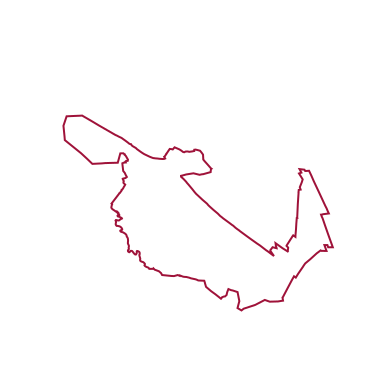 outline of Stopiņu pag., Stopinu, Latvia, rotated 217°
{"feature_id": "27541924B13594344549497", "entity_name": "Stopiņu pag.", "entity_type": "district", "adm_level": 2, "iso_a3": "LVA", "parent_name": "Latvia", "parent_adm1": "Stopinu", "projection": "robinson", "projection_center": [24.317, 56.919], "detail": "fine", "context": "isolated", "style": "outline", "palette": "rose", "viewbox_px": 384, "rotation_deg": 217, "n_neighbors": 0, "source": "geoboundaries", "source_scale": "gbopen_adm2", "svg_char_len": 5890}
<svg xmlns="http://www.w3.org/2000/svg" viewBox="0 0 384 384"><g transform="rotate(217 192 192)"><path d="M180.1,104.9L179.7,105.0L176.9,107.1L176.9,107.8L175.1,107.5L170.7,108.8L167.9,108.6L165.9,107.7L157.5,112.8L155.7,114.1L153.4,117.1L151.5,117.6L151.7,117.9L151.7,118.0L151.0,118.2L149.6,118.6L148.8,118.8L147.8,119.2L146.9,119.7L145.6,120.6L145.0,120.9L144.5,121.1L142.9,121.8L142.3,122.0L140.7,122.5L140.1,122.8L136.4,124.5L135.7,124.7L135.0,124.9L133.8,125.1L130.7,127.2L129.9,127.8L128.8,128.5L127.1,127.3L126.2,126.5L125.8,126.3L124.8,125.5L123.7,124.7L117.0,124.3L111.8,124.4L107.5,124.3L104.6,124.2L104.5,124.8L104.7,125.8L104.5,126.3L103.7,127.6L103.3,128.0L102.8,128.4L102.4,130.6L103.1,132.0L103.7,133.5L104.5,136.4L101.8,137.1L100.1,137.9L95.4,139.5L88.5,133.3L85.8,126.7L81.2,127.2L80.5,129.9L73.6,139.8L68.9,149.6L63.9,151.2L57.4,156.4L55.1,158.8L53.9,160.0L56.2,162.2L56.1,162.5L57.7,172.3L59.2,181.7L59.8,186.1L57.6,186.1L58.0,190.4L58.3,197.1L58.4,199.5L58.5,200.0L58.6,203.1L58.5,203.5L57.1,209.5L55.5,218.0L54.1,222.8L53.3,222.8L49.1,225.9L54.3,229.3L51.9,231.1L50.0,229.8L48.3,231.1L46.3,232.6L57.9,240.2L61.2,242.4L65.1,245.0L71.9,249.6L73.3,250.3L75.3,251.6L74.5,252.3L74.0,253.1L69.8,257.2L72.6,258.7L74.6,259.9L77.1,261.1L90.4,268.2L97.8,272.1L101.4,274.0L106.7,277.0L111.3,279.4L113.6,277.4L114.3,276.9L115.6,277.5L119.9,275.0L117.4,273.8L116.3,273.3L117.7,271.2L114.5,270.0L111.2,268.7L110.3,266.2L109.8,264.5L108.8,260.7L106.7,259.3L108.0,257.9L107.4,256.9L106.8,255.9L106.7,255.9L105.9,254.7L100.2,246.0L92.6,234.9L92.3,234.7L92.7,234.3L89.7,229.6L86.5,224.8L85.0,222.4L83.7,220.3L82.4,218.4L85.1,218.3L85.1,217.9L85.0,217.5L85.1,217.4L85.1,217.1L84.9,215.1L84.8,213.5L84.2,206.0L84.0,205.8L81.8,205.5L81.6,205.3L80.1,202.6L79.8,202.5L79.8,202.1L85.9,201.6L94.5,201.4L92.5,199.4L91.3,198.6L90.6,198.0L94.4,196.4L94.4,196.1L94.4,194.2L94.4,193.6L94.5,193.1L94.1,192.2L88.0,190.2L96.7,190.2L97.0,190.1L98.1,190.1L105.3,190.2L107.4,190.1L109.0,190.0L116.4,189.8L121.9,189.7L130.8,189.6L131.0,189.7L133.4,189.6L133.5,189.6L135.0,189.6L135.7,189.6L138.9,189.9L139.8,189.8L143.5,189.8L151.2,189.7L153.1,189.8L155.1,189.8L158.4,190.3L164.1,190.6L168.8,191.0L170.7,191.2L172.2,191.5L172.6,191.7L179.0,192.1L187.6,193.0L189.9,193.5L193.3,194.4L199.3,195.8L202.2,196.4L202.5,196.6L205.4,197.1L206.6,197.3L209.9,197.6L210.2,197.9L210.5,198.3L209.5,199.5L207.2,202.5L202.1,207.8L196.3,210.3L194.5,212.4L194.0,212.7L189.1,219.1L190.7,221.8L190.5,222.3L191.2,222.3L196.4,223.4L200.5,224.2L202.5,224.7L205.7,228.5L208.3,229.3L210.4,229.8L212.4,229.0L214.5,228.1L214.8,227.9L215.6,227.1L214.9,226.1L215.7,225.2L216.1,224.7L217.4,223.4L218.2,222.6L218.4,222.4L219.6,221.9L219.9,221.7L220.7,221.1L221.5,220.4L222.1,219.1L223.1,218.6L225.9,218.6L227.9,218.4L232.8,217.2L233.0,214.4L234.0,214.0L235.7,213.0L235.6,210.2L235.5,208.9L235.5,207.9L235.4,207.3L235.5,207.3L235.5,207.2L235.4,207.2L235.2,203.9L235.4,203.4L233.6,202.6L234.2,201.6L235.4,200.6L238.2,198.8L239.5,198.1L241.7,196.7L242.5,196.3L243.1,195.9L244.1,195.5L247.0,194.7L252.9,193.5L255.1,193.3L257.1,193.2L261.9,193.1L262.9,193.3L263.6,193.3L267.1,192.9L268.3,193.0L269.4,193.5L269.7,193.3L270.7,192.9L271.2,192.8L272.3,192.9L273.4,192.9L276.1,192.9L279.6,192.8L280.8,192.8L283.6,192.2L286.7,191.7L287.0,191.5L306.6,189.1L314.1,188.3L325.8,186.9L326.3,186.4L337.7,177.0L334.5,167.5L331.8,164.6L327.2,159.6L324.8,156.9L304.0,156.2L296.0,155.4L288.5,154.5L281.2,160.6L278.9,162.7L275.3,165.6L268.9,170.7L272.5,179.7L272.0,180.1L270.1,181.6L269.0,181.5L268.4,181.6L268.3,181.2L266.6,181.0L262.6,179.3L262.1,178.2L263.3,177.2L263.5,176.1L262.7,175.7L264.1,174.4L264.3,174.1L264.4,173.9L264.9,173.0L264.0,172.0L259.6,167.4L257.2,166.8L256.4,166.4L255.8,166.0L253.1,164.8L253.4,163.6L253.5,163.2L253.9,162.7L255.1,161.2L255.3,160.9L254.6,160.3L254.0,160.2L253.5,159.9L253.0,159.6L253.0,159.4L252.9,159.0L252.3,158.1L252.0,158.0L251.7,157.9L251.1,157.9L250.2,157.7L249.8,157.7L249.6,156.6L249.5,155.1L249.2,153.4L249.2,150.9L249.3,150.9L249.0,150.1L249.1,149.7L249.0,147.9L249.2,147.5L249.3,147.4L249.3,147.2L249.2,147.1L249.3,134.3L248.4,134.2L248.3,133.9L248.2,133.4L247.2,131.2L246.3,130.6L245.6,130.5L245.2,130.4L243.4,130.5L240.7,130.6L240.9,131.0L240.6,131.2L240.3,131.3L240.0,131.3L238.7,131.1L238.5,130.9L238.3,130.9L238.3,130.6L238.2,130.2L237.4,130.1L237.0,130.3L236.4,130.1L236.1,129.8L236.1,129.6L237.2,128.5L237.2,128.2L236.9,128.0L236.6,127.9L236.1,128.0L235.8,128.2L235.2,128.5L234.8,128.6L234.1,128.6L233.4,128.7L232.9,128.9L232.6,128.9L232.0,128.7L232.0,128.4L232.4,128.0L232.6,127.3L232.9,126.5L233.0,126.0L233.2,125.3L233.7,124.9L234.2,124.6L235.3,124.2L235.9,123.8L235.9,123.2L234.9,122.6L234.5,122.2L234.1,121.2L233.8,120.8L233.3,120.1L232.6,119.8L232.4,119.7L231.8,119.6L231.1,120.1L229.4,120.9L228.6,121.1L227.6,121.1L226.9,121.0L226.3,120.8L225.3,120.3L225.1,119.7L226.0,118.3L226.0,117.9L225.6,117.6L225.1,117.5L224.7,117.6L224.0,117.8L222.7,118.3L221.6,118.4L220.7,118.5L219.2,118.4L218.2,118.0L217.8,117.6L217.2,117.1L216.4,116.9L215.6,116.5L215.1,116.1L213.8,114.7L213.0,113.4L212.2,112.3L210.2,111.2L209.8,110.8L209.4,110.1L209.2,109.6L208.8,109.1L208.2,108.6L208.0,108.0L208.1,107.3L208.0,106.8L207.7,106.4L207.3,106.1L206.8,106.0L205.9,106.1L205.6,106.7L205.7,107.3L205.6,108.0L205.3,108.3L204.8,108.6L204.4,108.8L203.7,108.7L201.2,108.0L199.8,107.9L199.3,108.2L199.1,108.5L199.4,110.0L200.4,111.3L200.4,111.6L200.4,111.8L199.9,112.1L199.2,112.3L198.5,112.4L197.8,112.3L197.3,112.0L197.1,111.8L196.6,111.2L196.3,110.7L196.2,110.1L195.8,109.6L195.0,109.0L193.8,108.1L193.4,107.8L193.0,107.3L192.8,106.9L192.5,106.4L192.0,106.0L191.2,105.9L190.2,106.1L188.8,106.6L188.2,106.6L187.7,106.6L186.4,106.3L186.2,106.1L186.0,105.5L185.8,104.8L185.1,104.6L184.1,104.6L183.1,104.8L182.4,105.0L181.8,105.2L181.0,105.3L180.5,105.1L180.1,104.9Z" fill="none" stroke="#9f1239" stroke-width="2"/></g></svg>